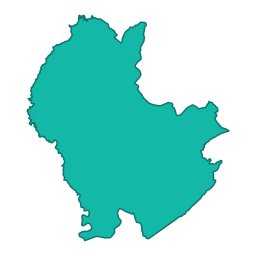 outline of Sanamxay, Attapu, Laos
{"feature_id": "54806243B21104398525557", "entity_name": "Sanamxay", "entity_type": "district", "adm_level": 2, "iso_a3": "LAO", "parent_name": "Laos", "parent_adm1": "Attapu", "projection": "robinson", "projection_center": [106.401, 14.728], "detail": "fine", "context": "isolated", "style": "filled", "palette": "teal", "viewbox_px": 256, "rotation_deg": 0, "n_neighbors": 0, "source": "geoboundaries", "source_scale": "gbopen_adm2", "svg_char_len": 5670}
<svg xmlns="http://www.w3.org/2000/svg" viewBox="0 0 256 256"><path d="M40.5,69.8L39.6,73.7L38.2,74.7L37.9,77.0L37.2,78.7L35.6,79.5L35.7,80.6L35.4,81.7L32.8,85.9L32.7,87.2L32.0,87.0L31.1,88.2L31.2,89.3L30.8,91.1L31.9,92.5L30.9,95.1L31.2,95.9L32.0,96.1L32.4,96.6L31.1,98.1L28.5,98.7L29.6,100.5L31.2,100.0L31.6,100.4L31.0,102.3L31.3,103.1L33.1,103.8L33.8,103.7L34.1,104.1L33.8,104.7L32.5,105.9L32.5,106.5L31.9,106.7L31.4,107.4L29.7,106.9L29.6,107.2L30.3,107.7L30.3,108.2L28.9,109.2L27.8,109.6L27.2,110.9L27.5,111.5L28.4,111.9L28.1,113.0L28.4,114.3L29.3,114.6L29.6,115.2L29.6,117.3L28.9,118.4L30.4,119.4L30.6,120.3L31.4,119.9L30.8,121.7L30.1,122.1L29.4,123.7L31.1,125.1L31.9,123.3L32.7,122.9L33.1,123.3L34.4,122.7L35.1,124.2L34.0,124.2L34.7,125.3L34.3,126.2L35.3,126.1L34.9,127.0L35.4,127.8L36.5,127.6L36.1,129.3L36.3,130.6L37.7,130.8L38.2,132.3L39.0,133.6L38.9,134.3L39.4,134.9L38.8,135.7L39.9,137.1L40.9,136.9L41.6,136.2L43.3,136.6L44.0,137.2L44.8,136.9L47.0,140.7L48.8,140.4L48.7,141.3L49.0,141.9L51.7,142.7L52.8,142.5L54.7,140.0L56.9,141.3L57.1,143.5L56.4,145.8L55.5,146.9L55.6,148.1L56.4,148.3L57.2,149.5L58.5,150.3L58.3,152.6L58.6,153.3L60.1,152.7L61.4,154.0L61.8,156.5L63.2,157.1L63.7,157.9L63.7,159.1L64.4,160.1L64.5,162.5L64.1,163.5L63.5,164.6L62.0,165.7L63.8,166.8L63.1,170.4L63.5,171.9L63.2,174.9L64.6,177.3L64.0,180.0L66.0,180.2L67.0,180.8L68.0,182.8L69.1,184.0L70.9,187.1L74.2,189.8L75.8,190.5L76.2,192.1L77.6,193.0L77.3,194.5L77.6,195.1L78.6,193.9L79.4,194.0L80.0,194.7L80.2,196.0L79.0,197.4L78.9,199.5L79.2,201.0L80.8,203.3L80.9,204.2L80.6,205.6L81.2,207.2L83.9,207.8L84.2,208.4L84.1,210.3L84.5,210.9L88.0,210.3L89.3,211.8L88.8,215.8L88.2,216.6L87.3,216.6L83.7,215.0L83.0,214.9L82.2,215.5L82.0,217.5L82.4,220.7L81.7,224.8L82.2,225.5L83.4,225.8L87.3,223.4L89.0,223.3L90.2,224.1L91.3,226.0L91.7,227.7L91.3,229.0L90.4,229.9L87.4,231.4L84.2,231.4L82.0,231.9L79.4,233.4L79.0,234.3L79.2,235.5L80.0,236.6L84.0,238.5L84.9,240.6L96.1,236.4L98.9,236.6L105.0,237.9L110.0,237.7L111.0,237.2L114.3,233.1L114.6,231.5L114.4,229.3L114.6,228.6L119.2,225.3L120.9,222.4L121.0,221.3L120.7,220.2L119.0,218.5L118.4,217.4L117.4,212.6L117.8,211.2L119.1,209.2L120.0,208.7L121.4,209.0L125.2,211.2L131.7,213.9L132.6,213.9L133.3,213.1L134.7,215.6L135.0,218.2L136.4,221.9L137.1,222.5L139.2,222.7L140.2,223.2L141.3,224.7L141.8,227.3L141.9,231.1L142.8,232.8L143.1,235.8L145.7,236.6L146.1,237.8L146.9,238.5L148.7,238.6L176.0,219.3L178.4,217.2L180.0,216.5L181.4,216.4L183.1,214.8L185.2,214.0L186.4,211.4L188.3,210.4L188.6,209.7L189.4,209.3L191.7,206.4L194.0,204.6L200.5,198.5L202.8,194.9L204.2,194.4L207.4,190.1L209.2,189.6L211.9,187.2L213.7,184.8L215.5,181.8L215.5,180.1L213.6,179.9L213.1,179.5L213.7,177.3L213.4,175.8L213.6,174.7L213.2,173.4L213.4,172.1L214.1,171.4L215.4,171.2L217.5,169.8L217.7,168.8L218.6,167.8L218.8,165.9L220.0,164.1L221.7,162.6L221.6,160.7L220.7,160.5L218.5,161.8L216.6,162.5L215.9,163.6L214.6,164.1L213.5,164.3L212.2,163.5L209.5,164.0L209.1,162.8L209.8,161.7L211.0,160.6L210.9,159.9L210.0,159.0L209.4,158.9L207.9,160.7L207.1,160.7L206.1,159.1L203.5,157.7L202.1,157.3L201.9,156.8L202.2,155.5L202.0,153.9L201.1,151.9L201.3,151.3L201.1,150.6L203.1,149.9L202.9,149.4L204.4,146.9L204.5,146.3L203.9,144.9L204.8,144.5L205.0,143.6L205.7,143.9L206.3,142.8L208.8,141.3L209.8,139.8L221.1,133.5L228.8,130.9L226.4,129.2L221.8,127.7L217.8,123.2L215.9,120.7L215.1,119.1L215.1,117.6L216.5,116.3L216.4,115.7L216.7,115.5L216.3,114.3L215.7,114.2L215.7,113.5L215.2,112.8L215.9,112.7L216.3,111.8L216.8,111.4L217.6,111.5L217.6,110.8L217.9,110.5L217.3,107.7L215.9,106.8L215.1,105.6L213.1,104.1L212.1,102.5L211.1,102.6L208.9,101.6L208.5,103.3L207.3,104.3L206.3,106.6L205.4,107.4L198.7,108.8L196.1,106.6L193.0,105.0L192.2,105.1L187.0,107.9L181.2,114.4L179.4,115.4L177.4,115.5L176.2,114.6L175.2,110.5L174.1,108.1L172.3,106.7L172.7,104.9L172.4,103.7L171.9,103.3L169.5,103.0L168.5,102.4L162.2,105.2L159.6,105.9L154.3,105.0L150.2,103.7L148.4,102.7L144.2,98.6L143.0,97.1L141.4,94.0L140.2,93.2L139.6,92.0L137.7,89.8L137.6,88.7L138.3,87.5L138.4,86.3L137.9,85.5L135.4,83.8L134.9,83.2L134.9,82.6L139.7,77.1L140.9,74.3L139.7,70.7L135.4,67.0L135.3,65.1L137.8,61.8L141.0,59.3L141.0,57.1L140.0,52.5L139.9,51.8L140.9,49.8L140.3,48.8L140.5,47.2L143.7,41.6L144.3,38.6L144.4,37.2L143.4,34.5L144.4,30.0L144.7,27.3L145.0,26.6L146.3,25.2L146.0,23.4L145.6,23.1L144.1,22.4L140.6,22.3L138.2,24.5L137.1,25.2L135.5,25.3L134.1,26.8L132.5,27.3L130.8,27.1L129.9,27.4L129.1,29.2L126.8,30.6L124.9,32.8L122.3,38.5L122.2,42.0L121.5,42.7L120.6,42.7L114.5,37.7L114.4,36.9L116.7,35.7L117.1,34.8L115.6,33.7L115.1,32.4L114.0,30.7L111.3,28.9L109.5,28.3L108.7,26.8L108.1,24.5L107.4,23.5L105.3,22.6L104.0,21.4L102.1,20.4L101.6,19.5L99.9,19.0L97.7,19.1L94.9,17.7L93.5,17.9L92.2,15.8L91.7,16.4L92.1,18.6L91.5,18.8L90.1,18.4L88.8,19.0L86.8,19.2L87.3,20.8L86.7,21.0L85.6,19.5L84.8,17.2L84.3,19.7L83.8,19.9L83.7,15.9L83.5,15.6L83.2,15.5L82.6,16.2L82.2,17.2L81.7,17.7L81.4,16.0L81.0,16.0L80.6,16.9L80.6,18.2L80.1,18.4L79.8,17.8L79.9,15.8L79.3,15.4L78.9,15.9L79.0,17.3L78.5,18.4L78.7,20.0L78.3,21.9L77.5,22.7L76.7,24.7L75.7,25.0L75.1,24.8L73.6,26.0L71.5,26.4L69.4,25.3L69.4,26.1L69.8,26.8L71.1,27.3L71.3,27.8L71.4,29.2L71.1,29.8L71.4,30.5L70.8,31.6L71.9,33.2L72.1,34.9L71.7,36.5L70.6,37.6L70.7,38.1L70.0,39.2L69.3,39.2L69.5,39.9L67.5,41.1L65.5,41.4L63.6,42.6L62.3,42.8L61.6,43.5L60.1,44.0L59.3,44.9L56.7,44.8L55.2,46.2L53.1,47.1L52.9,47.5L53.9,49.8L54.0,50.9L52.0,51.4L51.9,53.1L51.0,53.3L50.4,54.7L49.1,55.2L48.4,55.8L47.2,58.1L46.1,58.5L45.9,58.9L46.4,60.1L46.1,61.2L46.4,61.8L46.3,62.2L45.3,64.0L44.8,63.8L44.1,64.4L43.2,64.5L42.0,65.5L41.8,66.5L40.8,67.6L41.4,69.4L40.5,69.8Z" fill="#14b8a6" stroke="#0f766e" stroke-width="1.5"/></svg>